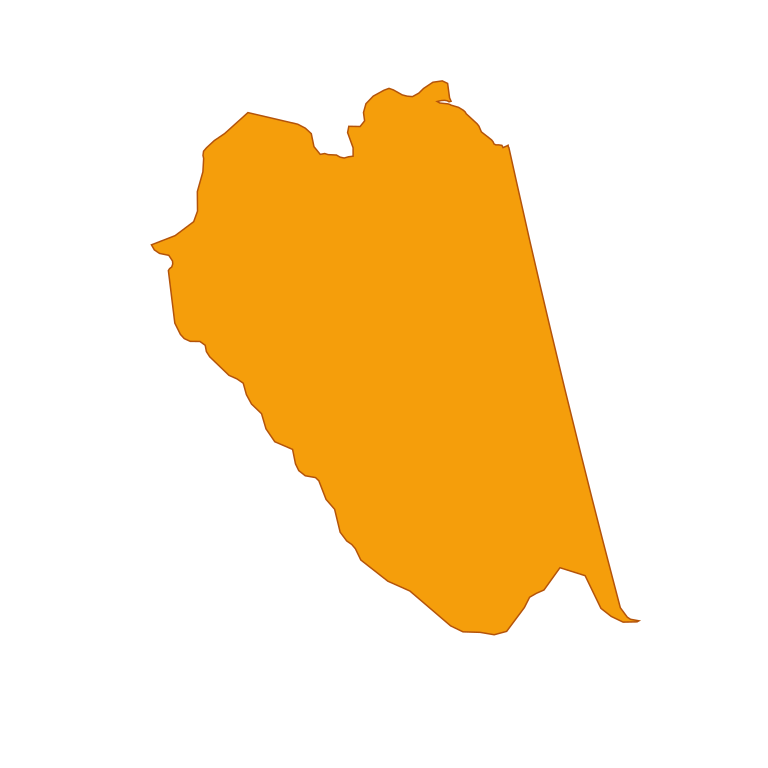 the Voivodeship of Warmian-Masurian, rotated 74°
{"feature_id": "POL-3139", "entity_name": "Warmian-Masurian", "entity_type": "Voivodeship", "adm_level": 1, "iso_a3": "POL", "parent_name": "Poland", "parent_adm1": "", "projection": "albers", "projection_center": [20.397, 53.764], "detail": "fine", "context": "isolated", "style": "filled", "palette": "amber", "viewbox_px": 768, "rotation_deg": 74, "n_neighbors": 0, "source": "natural_earth", "source_scale": "10m", "svg_char_len": 1872}
<svg xmlns="http://www.w3.org/2000/svg" viewBox="0 0 768 768"><g transform="rotate(74 384 384)"><path d="M675.2,214.4L678.1,211.9L681.9,204.2L682.4,206.3L678.8,219.8L670.0,229.7L659.5,237.3L623.7,243.5L609.1,265.5L626.1,287.0L627.2,295.2L629.1,302.8L637.6,310.7L655.6,334.3L655.4,347.2L649.2,360.1L644.0,376.4L634.9,386.6L590.1,416.2L574.7,434.6L546.8,454.8L534.5,456.9L529.4,459.2L524.6,463.1L514.4,467.0L490.8,466.0L479.0,471.5L459.1,473.3L455.1,475.6L450.5,485.0L443.8,489.8L436.4,491.1L421.7,489.9L409.4,504.9L394.6,509.8L378.8,509.9L366.7,516.9L356.3,519.2L344.4,519.1L338.5,524.0L333.0,530.6L309.9,544.0L303.9,545.8L297.5,545.2L292.4,549.2L289.6,558.5L285.3,563.5L280.3,566.0L267.8,568.3L215.5,560.0L214.0,558.3L213.0,555.8L210.4,554.0L207.5,553.4L201.0,555.4L196.6,563.8L191.8,567.8L186.1,569.2L183.8,543.9L175.5,522.2L166.4,515.6L147.6,510.4L130.1,499.6L117.5,495.2L114.4,495.0L110.5,493.3L108.0,489.5L103.2,480.0L99.3,468.1L85.6,440.0L110.5,395.3L116.4,389.1L123.3,384.9L136.5,385.9L145.7,382.0L146.1,377.5L148.1,374.5L150.8,366.6L153.8,363.7L155.8,360.0L155.8,355.4L156.5,350.9L148.4,348.6L132.3,349.7L126.6,346.8L129.9,336.0L125.7,330.1L117.4,328.9L109.6,324.1L104.3,315.0L101.6,303.1L101.2,297.7L103.9,293.9L111.1,286.8L113.7,282.4L115.6,277.4L114.0,270.4L110.8,264.5L107.4,253.8L108.7,244.4L112.6,240.0L127.0,242.1L130.7,241.6L130.7,243.7L129.2,245.1L128.0,247.6L127.3,250.9L127.1,255.0L129.3,252.9L132.3,245.4L133.4,243.7L134.4,242.7L138.6,236.1L142.7,232.3L144.8,231.0L146.9,230.5L159.5,222.8L162.2,221.7L168.5,220.9L179.0,213.3L181.2,212.4L183.5,212.1L184.9,210.7L185.8,207.7L187.1,204.9L189.6,204.4L189.4,203.2L189.0,200.2L188.7,198.9L190.5,199.1L191.1,198.8L224.3,200.8L286.5,204.4L332.9,206.8L379.4,209.0L436.9,211.5L506.7,214.1L551.5,215.6L596.3,216.9L633.9,217.8L664.2,218.5L675.2,214.4Z" fill="#f59e0b" stroke="#b45309" stroke-width="1.5"/></g></svg>